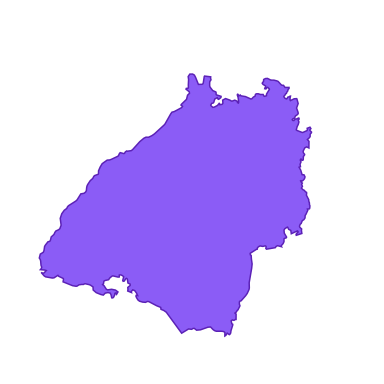 the border of Baden-Württemberg, rotated 22°
{"feature_id": "DEU-1573", "entity_name": "Baden-Württemberg", "entity_type": "State", "adm_level": 1, "iso_a3": "DEU", "parent_name": "Germany", "parent_adm1": "", "projection": "mercator", "projection_center": [9.433, 48.664], "detail": "fine", "context": "isolated", "style": "filled", "palette": "violet", "viewbox_px": 384, "rotation_deg": 22, "n_neighbors": 0, "source": "natural_earth", "source_scale": "10m", "svg_char_len": 5955}
<svg xmlns="http://www.w3.org/2000/svg" viewBox="0 0 384 384"><g transform="rotate(22 192 192)"><path d="M235.3,326.8L213.2,313.1L210.2,312.4L207.2,312.4L206.2,310.7L201.8,310.7L193.0,309.8L191.5,310.3L190.3,311.7L187.4,312.6L184.3,312.9L182.4,312.4L180.1,310.7L179.0,309.5L179.0,308.7L180.4,308.4L178.4,306.5L175.8,304.9L173.7,304.9L173.0,307.1L173.6,307.9L169.5,307.9L169.1,306.3L168.2,304.5L169.7,301.8L169.2,300.6L166.7,300.4L164.7,297.0L163.7,296.6L163.0,297.4L162.6,299.9L161.6,300.6L160.9,300.0L160.4,296.2L158.9,295.6L157.0,295.5L155.7,296.2L156.4,298.0L155.3,298.6L150.1,299.4L149.5,299.8L148.1,302.2L147.5,304.6L144.7,306.5L143.9,307.3L143.8,308.2L144.3,310.1L143.8,311.3L145.5,311.8L149.1,314.3L150.5,314.3L153.9,312.3L157.8,311.6L160.8,312.4L160.4,315.2L159.9,314.9L159.7,314.0L158.7,314.4L158.5,315.1L158.9,316.5L158.7,319.0L158.2,319.9L157.2,320.2L155.4,317.6L154.1,316.4L151.8,316.7L149.4,318.3L148.4,320.8L145.9,321.2L140.9,321.2L137.1,319.9L135.8,317.1L132.8,316.4L131.4,316.4L127.1,317.1L125.8,318.5L124.4,319.0L122.0,320.4L120.7,322.3L119.9,322.8L116.4,323.6L106.1,323.6L105.5,320.9L105.0,320.4L100.0,320.1L98.9,319.5L96.2,323.3L94.7,324.1L88.1,325.5L86.4,325.2L82.3,323.1L84.4,323.1L85.2,322.3L86.3,319.4L84.5,319.6L80.5,320.8L81.0,319.2L80.8,318.0L79.4,316.4L77.6,312.8L76.6,311.4L75.4,310.7L75.1,310.2L74.6,306.4L76.7,303.6L76.7,301.7L75.7,297.6L76.0,295.9L77.1,292.1L78.6,291.0L78.8,289.7L78.3,286.4L79.9,283.1L80.0,280.7L80.4,279.1L82.5,276.9L83.2,275.5L83.1,271.8L79.7,265.8L79.4,260.9L80.4,256.8L82.0,254.2L82.1,252.5L82.6,251.0L87.6,244.0L88.4,242.3L89.6,235.4L92.4,233.6L93.4,231.8L93.5,230.2L92.6,227.1L92.4,225.7L92.5,224.1L93.4,219.6L94.9,216.6L95.1,214.3L95.5,213.3L98.4,210.7L98.4,209.9L97.4,207.4L97.5,203.3L98.1,199.4L101.4,194.2L103.7,193.1L104.9,192.0L109.8,186.7L110.2,185.8L110.3,183.5L110.7,182.4L114.4,181.9L114.9,181.5L115.2,179.7L116.1,178.4L116.8,178.4L120.2,176.4L121.1,174.8L124.7,164.9L127.2,160.2L128.8,158.4L131.2,157.5L133.7,154.8L135.4,152.2L141.1,140.2L141.5,139.0L143.0,127.6L143.5,125.5L145.4,124.1L150.8,117.6L151.1,116.1L149.2,115.5L149.4,114.5L152.2,108.1L151.6,103.9L152.7,101.4L151.9,100.1L147.9,98.9L147.9,98.1L149.5,97.2L149.5,96.4L148.5,94.2L146.7,89.0L145.2,86.4L145.8,83.5L148.4,82.4L150.4,82.7L152.2,84.2L157.6,89.8L161.0,88.4L161.6,87.6L161.6,86.7L160.1,80.3L160.2,79.8L166.2,78.2L166.6,79.5L167.5,80.7L167.5,81.7L167.1,82.7L167.5,84.2L168.6,86.9L169.5,88.0L173.2,90.2L176.6,90.3L177.2,91.0L177.7,92.3L178.2,92.8L183.1,92.4L183.4,93.0L183.3,93.9L182.0,96.1L181.5,96.2L180.1,95.0L178.3,97.3L178.6,100.9L178.2,101.7L177.1,102.4L176.8,104.4L177.3,104.9L179.6,105.7L180.8,105.0L183.2,102.2L184.0,99.6L184.4,99.7L184.5,100.4L185.0,100.7L187.0,99.5L187.4,98.5L187.2,97.7L186.0,95.3L188.1,92.8L192.6,92.6L194.5,92.9L195.3,92.6L197.1,90.9L197.7,90.8L199.7,90.9L200.8,92.1L201.7,92.1L201.6,91.2L200.9,89.8L199.2,86.9L197.6,85.0L197.6,84.3L198.0,84.2L199.5,85.2L200.4,84.0L201.3,84.5L205.8,83.5L211.7,83.7L212.5,83.2L213.4,80.9L214.5,79.7L214.3,77.7L214.8,76.9L216.6,76.1L219.1,75.9L221.4,74.9L222.8,76.1L223.5,76.1L225.0,74.8L224.4,73.3L225.3,67.8L225.1,67.5L223.0,66.6L222.5,67.0L221.9,68.8L220.7,69.0L220.6,68.3L220.9,67.0L220.6,66.2L217.5,65.6L216.4,64.9L216.4,64.1L216.9,62.8L216.3,60.8L217.6,59.3L219.4,58.4L223.2,58.7L226.1,57.6L228.9,57.2L230.4,57.2L234.6,59.2L235.5,59.3L236.9,58.8L239.1,60.2L242.8,58.7L243.2,59.7L242.7,60.8L242.9,62.7L242.5,64.0L242.6,65.3L242.0,65.9L242.0,67.0L241.4,68.7L241.4,69.2L243.1,70.3L244.7,70.3L245.0,70.0L245.4,68.0L246.4,67.4L247.0,66.4L247.4,66.2L247.8,68.3L248.5,70.0L249.0,70.4L251.8,67.3L254.1,66.2L254.4,66.4L257.3,70.2L257.5,75.0L260.5,78.4L261.1,79.6L260.8,80.7L259.4,82.8L259.4,84.9L258.0,86.5L257.8,87.3L258.5,87.9L259.7,87.6L260.4,85.7L261.6,85.1L263.0,83.5L263.6,83.5L264.0,84.4L263.5,85.5L264.9,87.0L265.2,89.6L265.0,91.9L265.4,95.3L266.3,95.6L272.0,95.5L272.6,95.1L275.6,92.0L275.6,90.7L274.9,89.8L277.1,87.7L278.5,88.7L278.0,90.2L278.2,90.7L280.4,91.7L280.5,92.4L279.9,94.1L280.8,96.5L280.2,98.4L279.3,100.1L281.5,101.2L283.9,107.4L281.4,107.2L280.0,108.9L279.8,112.3L280.0,113.1L280.8,114.1L282.2,114.8L282.5,115.3L282.0,117.4L283.0,120.3L282.9,121.0L282.2,121.4L280.7,120.6L280.4,121.2L280.6,122.1L281.8,123.3L281.8,125.8L283.1,127.9L282.0,128.9L284.6,131.0L287.6,134.7L289.4,134.1L291.1,135.6L291.3,136.8L291.2,138.1L290.4,140.1L290.0,140.6L288.8,140.6L288.5,141.0L289.7,142.0L291.0,142.4L290.8,143.9L292.3,145.4L292.0,147.4L294.0,148.3L295.6,148.4L297.1,149.3L298.3,149.4L298.7,150.0L299.3,152.1L303.1,155.4L303.7,156.7L305.0,158.2L305.5,159.5L306.5,160.6L307.2,162.8L307.2,163.6L305.4,164.6L306.2,165.5L306.0,170.1L305.7,171.4L306.5,173.7L306.1,175.7L305.0,177.3L305.0,180.3L304.4,181.4L304.4,182.6L304.5,183.5L305.1,184.3L307.5,185.2L307.9,186.7L309.4,189.3L304.9,193.1L304.5,192.7L304.4,191.9L304.9,190.7L304.9,189.8L305.4,189.3L305.0,188.8L304.3,188.6L299.7,193.5L298.0,190.6L295.6,190.4L293.9,188.8L293.5,188.9L291.8,191.3L291.6,192.9L293.0,195.6L296.6,198.4L296.6,199.1L294.9,200.6L295.1,201.6L295.9,203.6L295.8,205.7L294.9,208.3L295.0,208.8L295.5,209.2L291.5,209.7L290.4,210.9L290.1,212.4L282.5,217.1L281.6,216.7L281.3,215.0L280.6,214.5L279.9,214.6L278.1,215.9L275.4,216.5L274.4,217.5L273.6,219.0L273.9,220.6L273.3,220.9L268.9,227.1L269.6,228.4L270.6,228.6L272.2,231.9L274.7,236.2L275.9,240.4L279.0,254.7L281.1,259.5L281.4,261.0L281.2,265.4L280.6,268.0L278.3,274.5L277.3,275.3L277.1,276.1L277.9,278.2L279.0,279.4L279.1,279.9L278.8,284.1L278.4,284.6L278.0,286.8L277.2,287.9L277.3,288.3L278.6,288.6L280.6,293.7L279.9,294.0L279.0,295.3L277.3,295.5L276.6,296.8L278.3,299.3L279.2,299.3L279.6,299.9L280.1,306.0L280.7,308.3L280.4,309.9L280.0,310.3L277.5,309.7L277.1,312.2L276.4,313.2L275.2,310.1L274.6,309.7L273.1,309.6L271.1,310.2L266.7,312.0L264.8,312.1L262.9,311.6L259.8,310.2L257.4,311.4L251.5,316.6L248.0,318.4L245.2,317.6L244.0,318.2L243.2,319.4L240.1,320.3L235.3,326.8Z" fill="#8b5cf6" stroke="#5b21b6" stroke-width="1.5"/></g></svg>